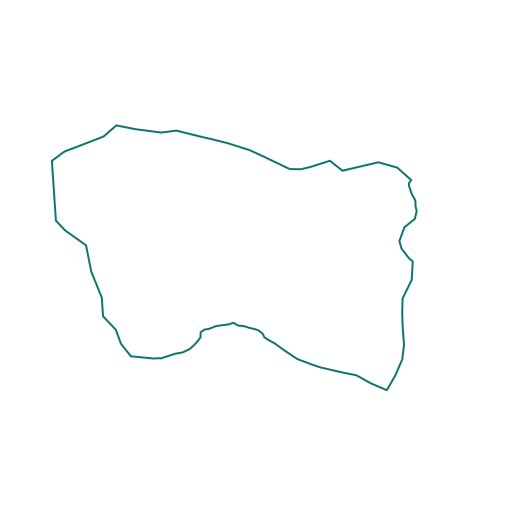 Tandjile Ouest, Tandjilé, Chad (Robinson projection), rotated 68°
{"feature_id": "50815135B85738495348243", "entity_name": "Tandjile Ouest", "entity_type": "district", "adm_level": 2, "iso_a3": "TCD", "parent_name": "Chad", "parent_adm1": "Tandjilé", "projection": "robinson", "projection_center": [15.838, 9.374], "detail": "fine", "context": "isolated", "style": "outline", "palette": "teal", "viewbox_px": 512, "rotation_deg": 68, "n_neighbors": 0, "source": "geoboundaries", "source_scale": "gbopen_adm2", "svg_char_len": 1372}
<svg xmlns="http://www.w3.org/2000/svg" viewBox="0 0 512 512"><g transform="rotate(68 256 256)"><path d="M148.3,428.3L160.8,423.4L182.4,409.6L208.8,414.6L236.9,414.6L254.6,420.4L271.9,413.6L286.6,414.1L302.1,409.6L312.7,389.3L314.7,383.5L315.2,383.2L315.4,380.9L315.6,378.0L315.9,373.4L316.4,367.1L317.4,362.7L317.9,359.9L317.4,352.1L316.2,348.9L315.0,345.7L313.0,341.9L310.7,338.0L306.0,335.9L304.9,331.4L305.9,327.2L306.0,321.9L306.0,319.5L307.6,312.9L309.2,306.7L309.4,302.1L313.9,298.5L316.7,293.2L319.7,289.6L323.7,284.0L326.0,281.6L330.0,279.1L334.7,278.6L339.3,275.3L343.3,271.9L350.9,267.1L355.4,264.2L367.0,256.3L376.7,245.8L383.5,237.9L396.1,219.9L404.2,207.6L417.1,197.2L429.4,185.0L419.2,171.9L406.5,159.0L393.7,152.0L377.1,146.7L363.8,141.9L350.3,136.0L336.5,120.6L319.8,112.7L315.4,115.0L303.8,118.3L299.8,117.9L295.9,117.5L286.6,109.1L284.9,107.5L281.1,94.9L274.6,90.2L269.8,89.5L264.3,87.5L255.8,88.4L250.0,88.0L247.5,87.7L245.6,86.7L243.7,83.7L227.0,91.9L215.0,107.4L214.7,109.1L214.2,112.2L209.3,143.9L195.4,151.8L193.8,172.4L192.6,180.4L192.4,181.8L188.1,192.1L168.2,210.3L166.3,212.0L164.8,213.5L162.4,215.7L155.0,222.7L153.7,224.4L140.6,240.2L137.3,244.8L131.5,252.7L125.9,260.8L109.9,282.9L106.0,297.7L93.0,320.7L82.7,336.4L82.6,336.5L88.1,352.6L87.8,373.3L87.4,394.4L91.3,409.6L148.3,428.3Z" fill="none" stroke="#0f766e" stroke-width="2"/></g></svg>